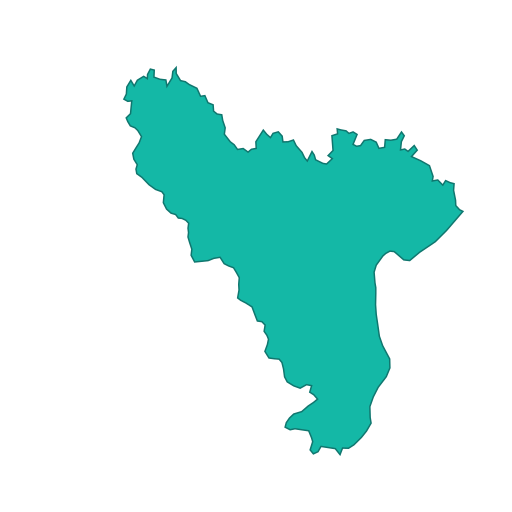 Itaipulândia, Paraná, Brazil, rotated 200°
{"feature_id": "56859067B44371373624465", "entity_name": "Itaipulândia", "entity_type": "district", "adm_level": 2, "iso_a3": "BRA", "parent_name": "Brazil", "parent_adm1": "Paraná", "projection": "robinson", "projection_center": [-54.345, -25.136], "detail": "fine", "context": "isolated", "style": "filled", "palette": "teal", "viewbox_px": 512, "rotation_deg": 200, "n_neighbors": 0, "source": "geoboundaries", "source_scale": "gbopen_adm2", "svg_char_len": 2894}
<svg xmlns="http://www.w3.org/2000/svg" viewBox="0 0 512 512"><g transform="rotate(200 256 256)"><path d="M182.0,404.1L188.1,404.8L193.8,401.6L195.5,395.5L199.0,393.5L203.0,394.1L202.6,404.8L207.2,405.8L210.6,403.0L214.2,404.4L219.4,403.5L223.2,403.2L221.1,398.7L225.8,395.0L219.7,381.5L222.6,375.0L217.6,373.6L221.1,366.6L224.8,365.9L232.9,366.8L235.8,370.8L239.1,373.3L240.3,362.8L243.9,364.9L248.2,369.1L256.0,373.4L260.5,377.8L264.9,374.3L269.7,372.4L272.4,377.6L277.5,380.3L281.9,377.1L282.9,372.2L287.5,374.0L292.2,376.8L295.2,363.3L292.6,357.2L296.8,354.7L299.0,350.9L304.8,352.6L309.8,349.8L314.6,353.1L319.2,354.5L327.4,359.6L328.8,365.9L333.6,371.9L336.5,377.0L341.1,376.1L345.4,377.6L348.0,383.4L353.6,383.6L358.9,389.2L362.7,387.1L368.9,393.4L377.5,394.3L382.0,395.6L386.9,395.0L393.4,400.2L395.5,405.7L397.3,401.1L395.8,394.6L397.7,385.0L400.9,390.6L406.7,389.2L413.1,389.2L415.2,395.9L419.2,395.5L420.0,389.5L418.8,385.5L423.0,386.4L427.6,380.6L428.6,374.1L433.7,378.2L435.2,370.7L433.2,363.8L433.8,358.2L429.4,357.5L425.8,359.3L422.6,346.8L425.2,341.4L422.4,338.4L418.6,335.3L413.6,335.1L410.0,333.5L404.4,329.0L404.5,322.3L405.7,316.8L407.0,310.4L403.9,305.2L398.8,301.2L398.5,296.6L396.2,292.6L390.1,290.9L380.9,286.4L373.2,284.2L366.5,284.2L363.3,282.1L361.3,274.4L356.1,269.5L350.5,267.2L345.7,267.5L342.0,265.1L338.4,266.0L334.2,265.6L330.5,263.8L329.4,258.9L327.4,254.9L326.4,250.6L323.0,246.0L318.6,240.4L317.2,234.5L311.6,229.4L299.4,235.3L294.8,239.4L289.3,242.5L283.3,237.9L278.3,237.3L273.1,237.3L268.5,233.6L264.3,229.9L262.5,223.4L260.3,218.2L258.9,210.3L255.1,209.1L249.5,208.4L242.3,206.8L236.6,200.1L232.5,195.4L228.0,196.3L223.8,194.2L222.6,188.0L218.6,185.2L215.8,182.1L215.0,176.7L215.0,169.4L208.9,164.6L203.8,165.7L199.0,167.0L195.2,164.8L191.5,159.3L187.8,152.2L183.6,148.4L176.1,146.9L169.3,146.9L164.5,152.4L159.4,153.2L158.9,146.4L154.3,145.4L149.2,142.6L151.9,138.0L155.7,132.8L159.8,125.4L166.5,120.4L169.1,115.2L170.5,109.8L170.1,105.1L164.5,104.4L160.3,107.0L146.7,109.8L141.6,104.2L139.2,100.9L138.8,92.3L134.4,89.7L130.8,93.3L129.8,99.3L115.6,102.1L109.1,98.1L109.0,105.1L103.3,107.0L99.4,112.1L94.9,121.6L92.3,129.3L90.7,138.3L93.5,143.3L97.5,153.4L97.6,163.7L96.3,174.4L92.3,187.2L91.9,196.6L95.2,205.0L106.3,215.0L112.6,222.7L118.4,233.6L123.1,242.3L127.0,251.1L130.6,261.7L132.6,267.2L135.0,271.4L139.5,281.2L139.9,288.5L136.8,299.4L134.9,302.9L131.8,306.4L127.7,307.4L123.6,305.9L115.8,302.9L110.0,304.3L103.5,315.5L92.4,330.8L85.8,344.9L76.8,368.7L80.5,369.1L85.5,371.7L87.6,376.7L92.8,385.3L94.6,391.7L98.8,391.3L103.6,391.7L104.7,386.5L111.2,389.6L116.0,386.8L116.8,391.3L123.9,400.2L133.6,401.8L143.9,402.6L140.7,410.6L145.1,413.9L148.9,406.3L152.8,407.4L156.5,405.1L158.5,413.2L157.8,419.7L161.7,422.3L163.7,413.9L168.9,410.9L174.3,409.5L172.3,402.1L177.3,399.2L182.0,404.1Z" fill="#14b8a6" stroke="#0f766e" stroke-width="1.5"/></g></svg>